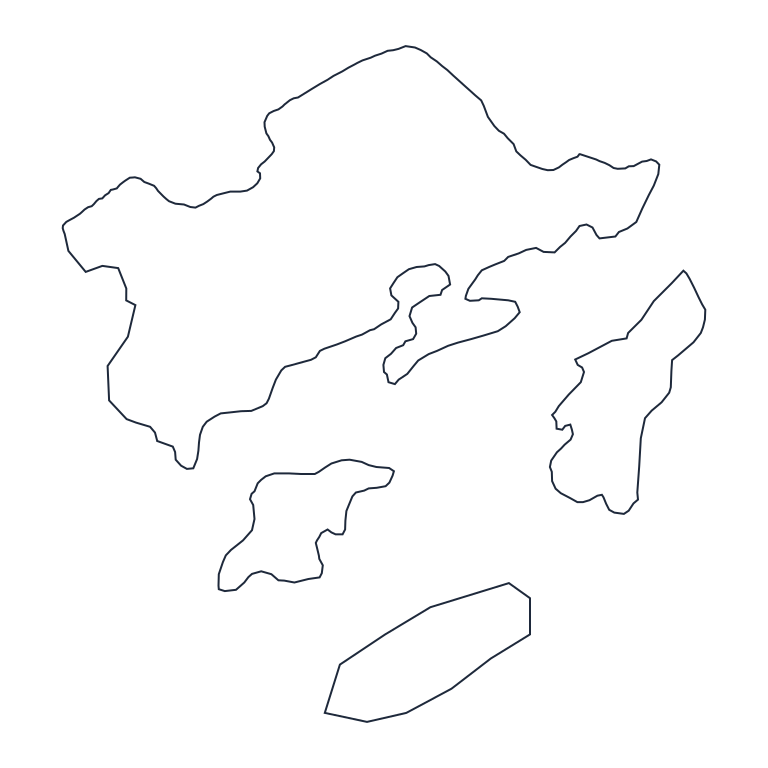 Haninge, Stockholm, Sweden (Mercator projection)
{"feature_id": "70781695B75191882374760", "entity_name": "Haninge", "entity_type": "district", "adm_level": 2, "iso_a3": "SWE", "parent_name": "Sweden", "parent_adm1": "Stockholm", "projection": "mercator", "projection_center": [18.21, 59.063], "detail": "fine", "context": "isolated", "style": "outline", "palette": "slate", "viewbox_px": 768, "rotation_deg": 0, "n_neighbors": 0, "source": "geoboundaries", "source_scale": "gbopen_adm2", "svg_char_len": 5398}
<svg xmlns="http://www.w3.org/2000/svg" viewBox="0 0 768 768"><path d="M157.2,441.0L172.8,446.6L175.1,452.0L175.7,459.7L181.1,465.7L186.9,468.9L193.3,468.3L197.1,459.0L198.4,450.7L199.0,442.5L200.0,434.8L202.8,426.8L206.7,421.7L214.6,416.6L220.7,413.4L229.3,412.5L241.1,411.2L251.3,410.9L262.8,406.1L266.6,403.2L268.9,398.7L272.7,387.9L275.9,379.6L281.3,370.4L285.1,366.8L290.9,365.3L306.2,361.1L311.0,359.8L315.8,357.3L319.9,350.9L324.4,348.7L336.8,344.5L345.1,341.3L356.3,336.5L362.0,334.6L365.5,332.7L370.0,330.2L374.1,329.2L381.2,324.4L390.7,319.3L394.9,312.9L398.1,308.5L398.4,301.8L391.4,295.4L390.1,288.4L393.6,282.9L397.4,277.2L403.2,273.1L408.9,269.2L416.6,267.0L424.5,266.4L428.7,265.1L435.1,264.1L439.2,266.0L445.3,271.5L448.5,275.9L450.1,284.5L442.1,290.0L440.5,294.8L429.3,296.0L420.1,302.1L412.1,307.5L409.5,316.1L412.4,322.8L415.6,327.3L416.2,333.7L413.1,339.1L405.4,341.3L403.2,345.2L396.1,348.0L391.0,353.8L385.3,358.2L383.4,364.9L384.0,372.0L386.9,374.5L388.5,382.2L394.9,384.1L398.7,379.6L407.3,373.9L413.7,365.9L418.2,360.5L428.7,354.1L437.0,350.9L448.1,345.8L458.0,342.6L471.1,339.1L483.3,335.6L497.8,331.2L505.7,326.2L514.7,318.2L519.7,312.2L517.7,306.7L515.2,301.8L508.2,300.3L491.3,298.8L481.8,298.3L478.8,300.3L469.9,300.8L465.4,298.8L465.9,295.8L468.4,288.8L475.3,279.3L477.8,275.3L481.8,270.3L489.3,266.9L495.3,264.4L504.2,260.9L508.2,256.9L518.7,253.4L526.2,249.9L536.1,247.9L543.6,251.9L554.6,252.4L560.1,246.9L565.1,242.9L570.5,236.5L576.0,231.0L579.5,226.0L586.5,224.5L592.5,227.5L596.5,235.0L599.5,238.4L615.4,236.5L618.9,232.0L627.4,228.5L636.3,222.0L642.3,208.5L648.8,195.1L653.8,185.6L658.3,174.1L659.3,164.7L656.1,161.4L651.0,159.4L646.7,161.0L642.1,161.6L637.8,163.9L633.7,166.1L628.8,166.3L625.3,168.4L617.7,168.8L613.6,168.0L609.4,165.2L604.7,162.9L599.5,161.1L596.2,159.5L580.1,154.2L579.4,154.2L577.5,156.7L573.4,158.2L569.1,160.0L566.1,162.2L562.4,164.7L558.9,167.4L553.4,170.0L547.7,170.2L542.4,169.0L535.7,166.7L530.6,164.9L525.7,159.8L520.4,155.3L516.3,151.4L513.6,144.1L507.7,138.2L504.0,133.7L498.9,130.8L494.4,126.1L487.9,116.9L483.8,105.9L481.2,100.4L475.2,95.3L469.1,89.8L465.4,86.5L459.3,81.0L453.4,75.7L447.3,70.0L442.2,66.1L436.8,61.4L430.7,57.3L426.8,53.4L420.7,50.0L415.0,47.5L405.6,46.1L398.5,48.9L393.2,50.2L387.6,50.8L381.5,53.6L375.0,55.7L370.7,57.7L362.5,60.4L357.2,63.0L354.7,64.4L348.4,67.7L342.3,71.4L333.5,75.9L327.2,80.0L320.1,83.9L311.7,89.0L298.0,97.5L293.7,98.3L289.9,100.2L284.5,104.5L282.5,106.5L278.4,109.4L273.7,111.0L269.2,113.3L267.2,115.9L264.5,122.2L264.7,126.7L266.4,133.4L268.4,136.2L270.0,139.8L272.1,142.6L274.2,147.4L273.9,151.1L271.7,154.2L264.7,161.5L261.1,164.3L258.1,168.0L257.4,171.4L260.0,173.3L260.2,178.4L257.3,183.3L253.1,187.2L247.0,190.6L240.3,191.6L230.3,191.6L223.5,193.3L216.8,195.0L213.4,196.7L211.2,198.6L207.3,201.5L203.3,204.1L199.0,205.8L195.5,207.6L190.3,207.0L184.0,204.5L175.4,203.7L169.0,201.2L166.4,199.1L163.5,196.5L158.0,190.9L156.2,188.2L154.1,185.8L148.7,183.6L144.3,182.0L140.6,178.8L134.9,177.3L133.0,177.5L129.8,177.7L125.3,180.6L123.1,182.2L120.0,184.6L118.0,186.9L116.8,188.4L112.9,189.5L110.8,189.9L108.6,193.1L105.1,195.3L102.3,198.4L98.9,198.9L96.4,201.1L93.8,204.2L91.7,206.2L88.1,207.2L84.6,209.5L81.6,212.3L79.9,213.8L76.1,216.3L74.0,217.7L69.7,220.0L66.3,221.9L63.0,225.5L62.7,228.1L63.5,230.9L64.7,234.0L68.4,250.9L85.7,271.9L102.3,265.9L103.2,266.0L118.2,268.1L126.3,288.5L126.2,300.4L135.4,305.1L127.9,336.7L107.6,366.0L109.1,400.4L126.6,419.1L136.0,422.6L150.1,426.8L155.0,432.6L157.2,440.9L157.2,441.0ZM645.0,418.2L651.7,410.6L661.6,402.3L669.2,392.7L670.8,387.3L671.4,371.0L672.1,360.1L678.1,355.4L693.5,342.3L700.8,333.0L703.0,327.3L704.9,319.6L705.3,309.7L702.1,304.3L698.6,297.3L694.1,287.7L689.6,278.8L686.4,273.4L683.4,270.7L671.7,283.2L653.8,301.1L641.4,319.8L628.1,333.0L626.6,338.4L611.8,340.8L588.4,353.2L575.2,359.5L577.7,364.9L582.1,367.5L584.0,372.0L580.8,382.2L568.7,394.6L558.8,406.1L555.3,411.8L552.1,415.0L554.4,418.2L556.3,421.4L556.6,428.7L562.3,429.7L565.2,425.9L570.3,424.6L571.9,429.7L572.9,434.2L570.6,439.6L564.6,444.7L561.1,448.5L556.9,452.3L551.2,460.6L549.9,467.0L551.8,471.8L552.1,481.1L555.6,488.7L560.8,493.2L570.0,498.0L577.3,502.1L583.1,502.1L589.5,500.2L597.4,495.7L601.9,494.8L603.5,497.3L606.1,503.7L609.2,509.8L614.3,512.6L623.9,513.9L628.7,510.7L633.5,503.4L638.0,499.6L637.3,492.5L639.2,466.4L640.8,438.3L645.0,418.2ZM406.3,712.9L451.5,688.7L490.8,658.5L530.0,634.4L530.0,598.2L508.9,583.1L430.4,607.2L385.2,634.4L339.9,664.6L324.8,712.9L367.0,721.9L406.3,712.9ZM393.9,471.2L389.1,468.0L376.4,467.0L368.7,465.1L361.7,461.9L349.6,459.7L341.6,460.3L331.4,463.5L325.1,467.5L318.9,471.8L314.8,474.0L301.1,474.0L289.0,473.4L274.3,473.4L265.7,476.3L261.2,479.8L257.7,483.3L254.5,491.3L251.6,493.8L250.0,499.2L253.2,505.0L254.5,519.0L252.0,530.2L243.0,540.4L230.9,550.0L225.8,555.4L222.9,562.1L218.8,574.2L218.5,585.7L218.8,589.2L224.8,591.1L236.0,589.8L244.3,582.5L248.4,577.1L252.0,573.9L261.2,571.3L271.4,574.2L278.4,580.3L284.2,580.6L294.4,582.5L308.4,579.0L319.6,577.4L321.8,573.2L322.8,565.3L319.3,558.9L318.9,555.7L317.3,549.0L315.8,542.9L317.0,540.4L319.3,536.9L321.2,533.1L327.6,529.5L331.4,532.4L335.5,534.3L342.6,534.3L345.1,529.5L345.4,520.6L346.4,511.0L348.6,505.6L352.4,496.4L355.9,492.5L364.2,490.6L368.7,488.4L376.7,487.8L385.6,486.2L389.4,482.6L392.6,475.6L393.9,471.2Z" fill="none" stroke="#1e293b" stroke-width="2"/></svg>